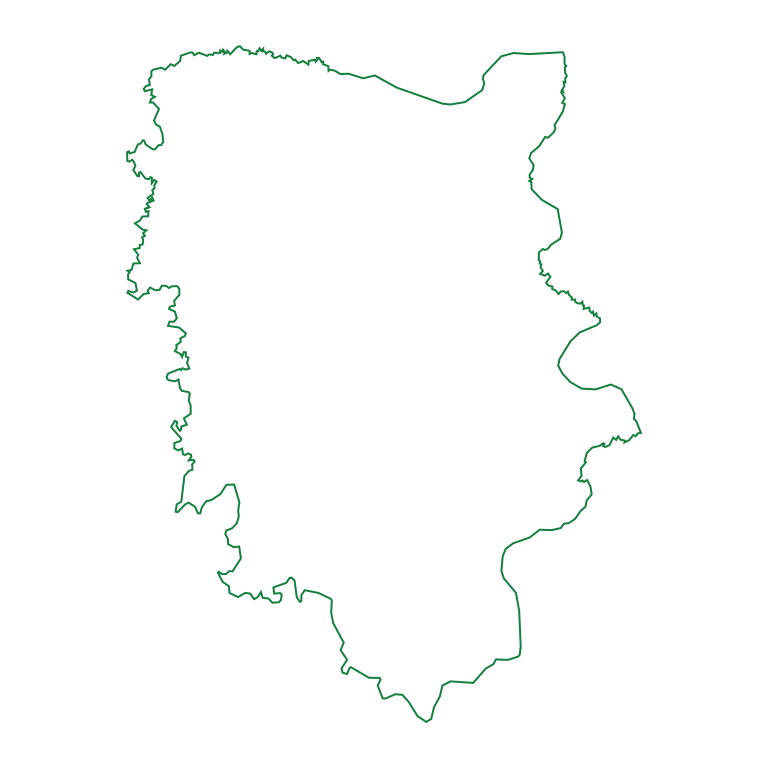 the district of Hua Taphan, Amnat Charoen, Thailand
{"feature_id": "78962969B24763205139340", "entity_name": "Hua Taphan", "entity_type": "district", "adm_level": 2, "iso_a3": "THA", "parent_name": "Thailand", "parent_adm1": "Amnat Charoen", "projection": "natural_earth1", "projection_center": [104.518, 15.665], "detail": "fine", "context": "isolated", "style": "outline", "palette": "green", "viewbox_px": 768, "rotation_deg": 0, "n_neighbors": 0, "source": "geoboundaries", "source_scale": "gbopen_adm2", "svg_char_len": 6021}
<svg xmlns="http://www.w3.org/2000/svg" viewBox="0 0 768 768"><path d="M564.9,104.1L562.2,102.8L564.9,98.2L561.2,92.4L561.7,90.6L563.1,91.6L562.4,89.3L564.4,86.1L563.6,81.9L565.4,82.4L565.1,78.6L566.8,76.0L565.1,72.6L565.0,67.0L566.2,66.1L564.5,63.5L564.6,56.9L562.8,52.2L528.6,54.1L513.7,53.0L501.3,56.3L483.6,75.1L482.9,78.9L484.3,83.2L482.3,90.0L465.0,102.1L450.3,104.5L442.6,103.7L396.7,87.6L374.9,75.5L363.1,78.3L348.5,73.7L340.5,74.1L334.6,70.6L330.1,69.7L328.5,70.9L328.3,66.1L323.3,64.4L323.2,61.6L321.6,62.2L319.3,58.1L317.0,57.9L317.6,59.7L315.7,61.8L314.9,59.6L308.7,61.1L308.4,64.6L303.2,61.0L298.1,63.1L295.2,59.6L293.7,60.3L291.1,57.2L286.6,55.3L285.2,58.4L281.4,57.5L280.4,55.7L274.7,58.1L271.8,55.7L273.1,54.4L272.4,52.6L269.2,51.3L266.1,53.8L265.3,51.6L263.2,51.4L263.2,48.8L261.4,51.0L259.6,48.3L258.3,51.1L256.7,51.2L256.5,54.2L251.6,53.0L249.6,54.0L249.6,50.8L243.1,49.6L239.8,46.1L236.7,47.3L230.2,54.3L227.4,50.7L227.0,52.7L224.3,53.8L224.9,51.9L223.1,49.7L222.7,51.7L220.3,50.5L220.4,52.9L214.1,52.7L212.9,55.0L209.3,54.4L207.3,55.9L198.8,52.7L194.2,55.2L192.5,52.5L190.5,52.4L180.9,55.7L180.1,61.0L174.4,65.9L170.7,64.2L165.2,69.7L161.4,67.7L152.8,69.8L151.3,71.6L151.5,76.3L149.0,79.3L149.8,85.1L146.3,85.9L143.7,88.9L144.9,91.2L152.2,89.4L151.2,94.9L154.9,96.9L151.1,99.0L149.9,102.5L153.0,102.5L159.0,108.9L154.0,120.4L155.9,124.4L159.9,126.8L162.4,133.9L163.3,141.9L161.2,145.0L158.5,145.2L155.5,148.9L153.0,149.5L145.6,144.4L144.2,140.7L142.8,140.3L140.5,143.6L137.9,144.4L134.6,152.0L129.7,153.4L128.8,151.3L127.1,152.1L127.3,160.9L129.3,161.6L132.2,159.8L134.0,162.1L135.4,165.7L133.3,170.0L137.4,176.1L139.0,176.2L139.1,172.6L140.3,171.9L145.4,178.5L148.8,179.2L150.2,177.2L151.8,177.6L151.8,183.2L154.2,179.9L156.7,181.6L154.2,185.4L154.5,188.3L152.3,190.0L153.4,194.0L147.6,197.8L149.7,200.9L152.2,197.5L153.7,200.5L147.3,203.0L146.8,204.2L149.5,207.3L144.9,208.7L145.9,211.8L148.5,211.2L148.1,216.3L142.4,216.5L139.9,220.6L135.0,223.3L142.6,229.6L146.4,230.3L143.0,233.2L144.9,235.9L142.1,237.3L143.2,240.2L142.6,244.4L139.7,245.1L139.6,248.1L134.0,249.2L138.2,254.7L137.1,257.7L139.9,263.2L133.4,263.5L131.6,269.8L127.6,270.8L129.7,272.0L128.1,274.3L128.2,279.4L135.5,283.1L136.9,290.5L133.4,292.6L128.3,290.9L127.4,292.8L138.1,299.5L143.7,293.9L148.8,293.2L147.7,290.7L150.1,287.5L155.5,290.3L159.6,289.8L161.9,285.7L166.1,285.9L169.0,288.0L172.0,286.2L177.3,286.2L179.3,288.7L179.4,294.8L174.1,300.9L174.9,305.5L170.1,306.6L169.0,308.9L174.9,311.6L176.8,318.3L174.1,321.7L169.5,321.7L168.0,325.9L179.0,327.5L185.9,333.4L185.0,335.9L180.3,338.4L180.8,341.8L176.3,345.1L176.7,348.1L174.9,351.1L180.7,354.1L182.1,357.0L183.8,352.1L185.8,352.3L185.8,356.4L188.5,357.8L187.0,363.1L189.4,368.6L185.5,369.6L182.6,368.2L181.2,370.2L179.8,369.0L168.2,373.5L166.6,376.7L167.4,379.3L169.5,380.4L175.5,381.2L178.5,379.5L180.0,388.3L181.9,390.9L188.4,392.0L189.8,393.5L188.8,400.7L190.6,405.2L190.7,413.8L183.9,418.3L186.8,424.8L181.4,426.5L180.8,430.3L179.7,430.8L176.4,425.7L177.2,422.0L174.9,420.8L171.1,427.0L181.3,438.7L180.5,441.0L174.4,443.0L174.3,448.4L178.2,450.4L182.1,448.6L183.0,454.4L185.2,455.0L187.8,453.4L191.0,454.7L191.4,456.7L188.7,460.4L193.4,459.8L194.7,461.2L192.1,464.6L192.5,469.7L188.9,470.9L184.4,476.1L181.3,501.7L176.7,504.4L175.6,511.7L177.7,512.2L184.8,504.7L188.6,502.6L195.1,506.9L197.9,513.3L200.2,513.4L201.9,507.2L206.3,501.2L211.3,500.1L220.5,494.0L226.4,484.8L234.1,484.6L239.4,502.2L238.2,510.7L238.8,516.2L236.8,523.4L231.9,528.4L226.3,530.5L225.3,533.9L228.0,539.3L228.1,544.2L233.7,547.1L239.2,546.6L240.9,558.4L232.6,571.3L229.3,571.1L226.0,574.1L221.8,574.0L218.9,571.7L217.9,572.7L222.7,581.9L228.9,586.2L229.5,593.0L238.0,597.1L245.1,592.9L250.2,593.6L254.1,599.2L257.9,596.9L260.9,592.0L262.7,597.8L268.4,598.5L272.4,602.7L278.7,602.3L281.0,600.0L281.7,594.6L280.1,593.1L274.2,593.6L273.4,587.4L286.3,582.8L289.6,578.0L291.6,577.7L294.5,580.4L296.8,597.3L299.9,601.8L301.4,600.9L301.4,595.0L304.8,590.2L318.6,593.0L330.7,598.8L331.8,600.4L331.2,612.7L333.2,623.1L343.7,642.6L340.6,650.1L347.1,659.8L341.5,668.4L342.6,672.7L347.0,674.0L349.7,667.8L351.1,667.3L369.0,677.8L379.8,677.9L380.6,679.6L377.7,685.5L382.7,698.4L385.9,698.4L395.3,694.2L402.3,694.8L408.9,702.1L417.5,716.1L426.3,721.9L431.2,718.9L434.1,707.0L439.8,696.6L442.4,685.6L450.5,681.4L473.2,682.9L485.7,668.6L493.4,664.1L496.0,659.4L507.8,659.9L518.2,656.6L519.8,654.5L520.7,646.5L519.2,611.1L516.0,592.9L503.8,578.3L501.4,571.0L502.7,556.2L505.7,548.8L513.4,543.2L529.5,537.6L539.7,529.7L551.7,530.1L560.7,528.1L564.1,523.6L568.6,523.2L575.1,518.9L580.7,510.8L585.4,506.8L586.8,500.3L591.7,494.3L590.4,486.4L587.1,480.0L584.0,482.0L582.5,480.5L581.1,481.5L578.2,480.3L581.5,475.8L580.9,468.4L585.9,462.3L584.6,461.1L586.9,452.8L592.3,447.6L599.5,445.9L603.3,443.2L604.3,443.8L603.2,446.1L605.2,447.0L609.4,445.2L613.3,437.5L616.2,439.9L618.2,436.3L620.5,439.7L625.0,440.6L624.5,442.4L628.9,440.4L633.3,435.0L635.6,436.2L637.7,433.4L640.9,432.9L636.3,421.1L633.9,419.0L634.5,414.0L632.5,408.4L621.4,389.2L610.8,384.5L595.6,389.4L581.5,388.6L570.1,381.9L562.5,373.7L558.2,365.6L559.4,359.3L570.5,341.2L579.9,332.3L597.0,325.1L600.1,322.3L600.0,318.4L596.8,316.6L596.4,313.5L594.0,315.7L593.1,311.8L591.9,313.1L589.5,310.7L589.3,307.5L583.6,308.9L584.0,305.5L582.8,305.1L582.4,301.8L580.4,303.6L577.3,303.2L575.2,301.7L575.2,299.6L571.6,299.7L571.9,297.4L569.1,295.0L567.9,291.6L566.2,293.1L564.0,291.2L560.8,291.5L558.5,294.0L555.7,290.4L552.2,289.0L552.5,286.6L548.1,285.4L546.2,282.8L550.4,276.7L548.0,273.5L544.9,275.7L540.1,273.8L542.9,270.9L540.5,267.3L541.4,264.4L539.7,263.6L540.3,261.6L538.8,260.2L538.9,252.5L542.8,249.0L544.9,250.0L547.8,248.8L551.1,244.7L560.2,238.8L561.9,232.7L557.7,209.1L542.2,200.1L531.6,189.2L531.3,182.1L529.3,181.0L532.3,179.1L529.7,177.6L529.6,174.7L533.0,169.7L533.6,165.2L529.3,158.2L531.2,152.9L539.2,146.2L545.1,137.0L548.1,137.7L553.7,132.3L555.5,128.2L554.5,125.3L562.7,111.8L564.9,104.1Z" fill="none" stroke="#15803d" stroke-width="2"/></svg>